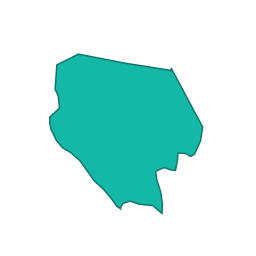 Götene, Västra Götaland, Sweden (Natural Earth projection), rotated 59°
{"feature_id": "70781695B15977475092104", "entity_name": "Götene", "entity_type": "district", "adm_level": 2, "iso_a3": "SWE", "parent_name": "Sweden", "parent_adm1": "Västra Götaland", "projection": "natural_earth1", "projection_center": [13.545, 58.597], "detail": "fine", "context": "isolated", "style": "filled", "palette": "teal", "viewbox_px": 256, "rotation_deg": 59, "n_neighbors": 0, "source": "geoboundaries", "source_scale": "gbopen_adm2", "svg_char_len": 688}
<svg xmlns="http://www.w3.org/2000/svg" viewBox="0 0 256 256"><g transform="rotate(59 128 128)"><path d="M100.1,62.3L69.7,98.6L39.1,132.5L37.3,156.5L57.4,170.6L64.4,171.2L75.7,176.5L78.3,189.4L84.4,192.9L90.7,195.0L91.1,194.7L101.2,195.8L111.2,194.3L119.6,189.8L131.4,186.0L155.9,184.2L167.1,180.8L177.7,178.9L189.5,177.8L193.3,176.0L192.8,175.9L190.0,171.4L191.7,163.9L199.0,157.8L202.9,152.6L207.3,146.6L216.8,143.6L218.7,142.8L210.6,137.5L199.7,132.9L187.5,130.1L179.3,126.5L180.6,117.3L186.1,112.8L188.8,109.1L180.6,101.8L175.2,98.2L179.3,91.8L184.7,89.0L184.7,84.5L176.5,72.6L165.6,63.5L99.5,60.2L100.7,62.3L100.1,62.3Z" fill="#14b8a6" stroke="#0f766e" stroke-width="1.5"/></g></svg>